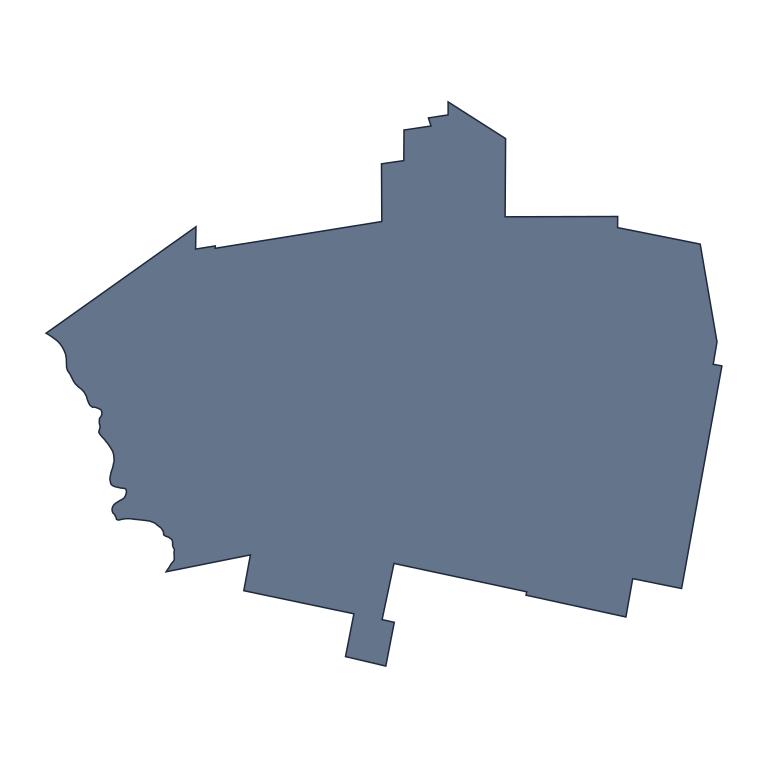 outline of Robles, Santiago del Estero, Argentina
{"feature_id": "61730980B53242872705838", "entity_name": "Robles", "entity_type": "district", "adm_level": 2, "iso_a3": "ARG", "parent_name": "Argentina", "parent_adm1": "Santiago del Estero", "projection": "natural_earth1", "projection_center": [-64.068, -27.846], "detail": "fine", "context": "isolated", "style": "filled", "palette": "slate", "viewbox_px": 768, "rotation_deg": 0, "n_neighbors": 0, "source": "geoboundaries", "source_scale": "gbopen_adm2", "svg_char_len": 1968}
<svg xmlns="http://www.w3.org/2000/svg" viewBox="0 0 768 768"><path d="M717.0,341.9L700.2,244.1L617.6,227.6L617.7,216.5L505.1,216.8L505.6,138.6L448.1,101.9L448.1,114.9L428.4,117.9L431.0,126.0L404.0,130.0L403.8,160.6L381.5,163.8L381.8,221.5L215.2,248.3L215.3,245.9L195.6,249.1L196.0,226.7L46.1,333.2L49.5,335.2L52.8,337.5L57.3,340.9L59.8,343.6L61.8,346.2L64.0,350.3L65.5,354.0L66.3,358.5L66.4,362.3L66.5,364.3L66.6,367.5L67.6,370.7L70.0,374.1L71.6,377.3L73.7,381.5L75.4,383.9L78.4,386.9L81.2,389.0L83.8,391.7L85.0,393.6L86.3,396.0L87.3,399.5L88.7,403.0L90.0,405.3L92.4,407.2L94.9,407.2L98.1,408.3L100.8,409.6L101.9,411.9L101.8,414.4L101.0,416.5L99.5,418.4L99.3,421.2L99.3,423.5L99.7,424.9L100.2,426.4L99.8,428.3L99.1,430.6L98.8,432.0L99.4,433.6L100.8,435.4L102.6,437.5L104.5,439.4L106.0,441.5L107.4,443.1L108.7,445.0L110.2,447.2L111.5,449.3L112.7,451.4L113.6,454.5L114.0,458.0L114.1,461.1L113.5,463.5L112.9,466.7L112.3,468.7L111.1,472.0L110.7,474.1L110.2,476.4L109.9,479.2L110.3,481.5L110.9,484.0L112.2,485.4L114.7,486.6L117.6,487.3L120.7,488.0L123.3,488.3L125.2,488.5L126.0,489.7L126.5,491.6L126.1,493.8L125.3,496.0L124.3,497.7L122.7,499.0L119.4,500.8L117.1,502.3L115.1,503.6L113.4,505.3L112.4,507.5L112.0,509.3L112.3,511.5L113.0,513.0L114.6,514.6L115.1,515.8L116.1,517.5L116.5,519.4L118.5,520.1L122.3,519.2L125.9,518.7L130.1,518.7L134.7,519.3L139.7,519.8L144.9,520.4L149.9,521.1L154.9,523.1L157.6,525.4L161.2,528.1L163.1,531.1L163.6,533.1L163.7,534.9L165.5,536.1L168.6,537.2L171.9,539.6L172.6,542.2L172.6,545.5L173.3,547.5L174.4,549.4L174.0,552.5L174.2,556.2L174.3,559.0L173.7,561.0L171.3,563.6L169.3,567.1L166.4,571.3L166.1,571.8L250.4,554.9L243.8,590.7L307.1,604.0L332.9,609.4L353.9,613.8L345.5,656.6L385.8,666.1L394.3,622.3L382.1,619.6L394.0,563.4L398.4,564.4L445.7,574.5L449.5,575.3L526.7,591.8L526.0,595.2L625.9,617.0L632.7,578.7L681.6,588.5L721.9,366.0L721.9,365.9L713.2,364.3L713.3,363.8L717.0,341.9Z" fill="#64748b" stroke="#1e293b" stroke-width="1.5"/></svg>